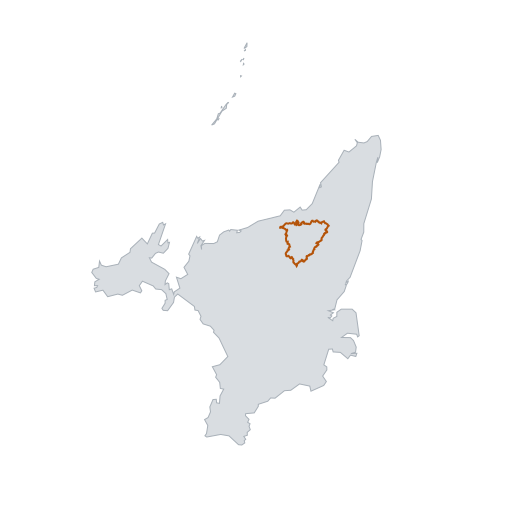 Telangana highlighted on a map of India, rotated 209°
{"feature_id": "IND-20011", "entity_name": "Telangana", "entity_type": "State", "adm_level": 1, "iso_a3": "IND", "parent_name": "India", "parent_adm1": "", "projection": "equal_earth", "projection_center": [78.948, 17.86], "detail": "fine", "context": "in_parent", "style": "outline", "palette": "amber", "viewbox_px": 512, "rotation_deg": 209, "n_neighbors": 0, "source": "natural_earth", "source_scale": "10m", "svg_char_len": 9114}
<svg xmlns="http://www.w3.org/2000/svg" viewBox="0 0 512 512"><g transform="rotate(209 256 256)"><path d="M120.0,216.5L125.3,215.1L125.9,210.7L135.5,212.6L142.0,209.5L144.1,211.7L147.2,209.7L143.9,193.7L140.3,193.3L138.8,190.7L139.5,183.3L133.6,180.3L134.0,175.6L142.4,164.4L145.9,168.3L155.9,165.2L160.5,155.4L165.8,152.0L170.4,140.9L174.4,138.9L175.3,134.7L182.1,127.4L181.1,125.6L181.5,117.9L188.6,113.1L187.8,111.2L182.9,109.7L182.7,106.5L179.9,106.4L179.5,103.7L176.8,101.3L178.2,97.5L176.7,95.0L179.2,92.3L176.1,90.7L176.8,88.8L175.2,87.1L176.8,83.8L179.8,82.5L192.4,85.6L200.4,82.8L211.3,73.8L213.5,74.0L213.2,76.7L216.0,84.4L221.7,88.0L219.6,91.5L220.2,97.6L223.2,101.6L224.0,109.6L221.3,111.4L219.3,108.5L216.5,109.4L219.6,116.2L219.7,123.9L223.0,122.9L226.5,127.9L232.5,130.4L232.9,133.1L240.5,138.0L234.9,143.4L231.9,154.4L248.5,166.3L256.2,168.7L256.7,170.7L261.9,172.5L269.3,171.0L274.2,173.4L274.9,176.6L280.2,180.2L283.2,179.1L285.4,182.0L306.0,184.8L307.4,180.5L305.6,175.4L306.8,165.3L310.8,163.5L312.9,164.6L312.6,170.6L314.0,173.2L312.6,174.9L316.6,179.4L322.3,180.8L327.7,178.5L331.4,180.0L343.1,178.9L343.7,173.5L339.0,170.2L339.2,167.7L347.7,166.2L353.8,156.9L358.4,155.7L366.0,148.5L373.3,151.9L378.9,146.8L382.0,149.3L380.0,151.3L380.2,153.3L382.9,151.7L384.4,155.3L381.9,159.6L384.9,159.0L391.7,162.0L392.0,165.5L388.0,169.8L390.4,175.7L386.8,173.0L381.9,173.9L372.4,182.1L372.8,189.1L368.0,198.1L369.3,201.5L364.5,216.3L356.9,213.9L357.7,225.7L355.8,226.9L356.1,237.1L353.9,240.2L352.0,238.3L350.7,240.3L346.9,218.7L343.9,218.7L341.3,227.6L339.4,224.8L338.3,226.0L336.7,220.0L338.4,213.5L343.2,212.2L345.2,209.6L346.2,203.6L348.4,202.8L344.4,200.0L329.3,200.1L323.5,198.4L323.2,190.3L321.7,186.9L320.6,189.5L318.9,189.5L315.5,184.5L313.8,186.4L309.4,182.5L310.1,185.0L307.0,191.0L315.3,198.9L310.7,199.7L306.8,206.8L313.5,211.2L312.2,218.8L313.8,224.1L315.8,225.0L317.4,244.4L315.6,243.3L314.5,245.3L313.4,238.5L313.0,244.4L310.1,243.1L308.6,244.7L309.2,238.3L306.7,235.3L308.8,238.5L306.9,242.2L299.0,246.4L296.7,249.7L298.0,256.6L295.9,261.5L292.4,265.5L291.1,264.9L290.9,266.9L284.8,269.5L284.1,267.0L281.7,268.7L281.1,270.7L283.6,270.3L277.2,276.8L271.0,287.5L254.3,302.9L253.4,309.8L248.7,312.8L244.1,312.7L241.1,320.2L237.9,318.5L234.5,320.8L232.2,329.1L234.7,349.8L233.3,346.8L232.3,348.2L235.1,351.4L228.8,378.2L230.3,379.7L230.2,391.2L225.1,392.0L221.5,401.1L222.3,404.2L226.1,406.0L221.9,405.0L216.4,407.2L214.2,410.0L212.9,416.6L207.6,420.7L203.2,417.5L198.2,409.8L195.9,402.6L195.2,396.4L197.3,401.5L196.2,396.4L190.2,377.5L182.7,361.8L177.4,336.6L173.3,329.1L172.2,321.5L170.7,320.9L167.5,311.1L163.4,283.0L164.7,278.1L164.4,276.4L163.1,278.7L162.8,277.4L162.9,274.5L164.6,274.8L162.7,273.7L161.6,267.7L163.9,256.9L161.5,248.0L162.6,246.8L161.4,246.9L166.2,243.2L160.8,243.9L162.3,240.4L160.6,240.3L161.0,238.0L163.4,237.1L157.5,236.6L158.3,238.9L156.0,242.3L158.0,246.0L155.7,250.8L146.1,256.1L141.0,254.8L127.1,236.3L127.9,234.5L130.0,236.4L138.6,232.8L141.7,226.2L133.8,230.4L129.7,229.3L124.2,224.9L122.3,220.1L125.7,216.6L120.6,219.8L120.0,216.5ZM355.5,375.3L353.6,370.8L356.0,366.2L356.4,351.4L358.3,349.0L356.8,356.9L357.9,362.1L356.7,363.5L355.5,375.3ZM367.1,431.7L367.2,438.2L365.5,434.7L367.1,431.7ZM353.6,388.1L352.3,388.2L352.1,385.5L353.6,383.6L353.6,388.1ZM362.6,421.5L362.5,423.3L362.2,421.6L362.6,421.5ZM364.1,418.9L363.6,421.4L363.7,418.7L364.1,418.9ZM365.8,429.5L365.3,431.4L364.9,430.7L365.8,429.5ZM356.9,406.3L356.0,406.4L356.4,405.3L356.9,406.3ZM355.2,376.2L354.3,377.2L354.7,375.6L355.2,376.2ZM358.3,368.7L358.8,370.5L357.7,369.2L358.3,368.7ZM360.3,418.4L359.5,418.1L359.8,417.1L360.3,418.4ZM355.3,356.8L354.9,358.7L355.1,356.6L355.3,356.8Z" fill="#d9dde1" stroke="#a8b0b8" stroke-width="1"/><path d="M208.2,287.3L208.2,286.9L207.7,286.3L207.8,286.2L208.0,285.9L208.1,285.7L208.2,285.3L208.2,285.0L208.2,284.8L208.2,284.7L208.7,284.1L208.8,284.0L209.3,283.9L209.5,283.8L209.6,283.6L209.7,283.2L209.6,282.6L209.7,282.4L210.0,282.2L210.4,282.2L210.7,281.2L210.9,280.8L211.3,280.6L211.6,280.5L211.6,280.3L211.6,280.2L211.0,279.5L210.9,279.1L210.6,278.9L210.6,278.6L210.3,278.6L210.2,278.5L210.1,277.8L210.2,277.6L210.4,277.4L210.7,277.0L210.9,276.7L210.9,276.3L211.1,275.4L211.4,274.9L211.2,274.6L211.5,274.2L211.8,274.1L212.1,274.2L212.4,274.2L212.7,274.8L213.0,275.0L213.4,274.9L213.7,275.0L214.1,275.0L214.2,274.8L214.2,274.5L214.1,273.8L214.2,273.6L214.3,273.3L214.5,272.7L215.2,272.4L215.3,272.3L215.4,272.2L215.4,271.9L215.4,271.3L215.4,271.0L215.6,270.4L215.7,270.1L215.9,269.8L216.2,269.5L216.4,269.1L216.3,268.9L216.2,268.8L216.0,268.7L215.6,267.6L215.6,267.3L215.6,266.9L216.2,267.3L216.4,267.8L217.1,268.1L217.3,267.9L217.6,267.8L217.9,267.9L218.3,267.9L219.0,268.2L219.3,268.4L219.9,268.4L220.2,268.6L220.5,268.9L220.6,269.1L220.9,270.1L221.3,270.4L221.4,270.6L221.8,270.9L221.9,271.0L222.2,271.2L222.2,271.4L222.3,271.4L222.5,271.3L222.7,271.5L223.0,271.6L223.2,271.8L223.5,272.0L223.7,272.3L223.9,272.4L224.1,272.4L224.1,272.1L224.1,271.9L224.3,271.6L224.4,271.2L224.5,271.0L224.6,270.8L225.4,270.9L225.5,271.0L225.8,271.4L225.9,271.5L227.2,271.5L227.3,271.6L227.4,271.8L227.6,271.9L227.8,271.7L227.9,271.3L228.0,271.2L228.8,270.8L228.9,270.7L229.1,270.6L229.6,270.8L230.1,271.4L230.3,271.8L230.9,272.1L231.2,272.6L231.3,272.9L231.3,273.2L231.2,273.9L231.2,274.4L231.1,274.7L231.0,274.9L230.9,275.0L230.9,275.7L231.1,276.2L230.8,276.3L230.6,276.6L230.4,277.0L230.3,277.3L230.3,277.8L230.5,277.8L231.0,277.7L231.1,277.9L231.2,278.8L231.3,279.2L231.3,279.8L231.2,280.1L230.8,280.6L231.3,281.0L231.6,281.1L232.2,281.8L232.4,282.2L232.5,282.3L233.2,282.4L233.9,282.3L234.2,282.1L234.3,282.0L234.5,282.2L234.6,282.4L234.7,283.0L234.9,283.4L235.0,283.6L235.2,283.3L235.3,283.4L235.4,283.6L235.5,283.7L236.1,283.4L236.3,283.4L236.4,283.5L236.6,283.7L236.9,283.9L237.2,284.3L238.3,285.9L238.4,286.1L238.5,286.7L238.8,287.4L239.0,287.9L239.1,288.0L238.8,288.4L238.7,288.6L238.6,288.8L238.7,289.0L238.9,289.1L239.3,289.1L239.5,288.5L239.8,288.6L239.9,289.2L239.9,289.4L240.0,289.5L240.6,289.2L240.8,289.3L240.7,289.9L240.6,290.1L240.6,290.4L240.7,290.9L241.0,291.7L241.1,293.3L241.2,293.7L241.4,294.0L241.5,294.1L242.5,293.4L242.8,293.4L243.4,293.7L243.6,293.8L244.3,293.7L245.0,293.7L245.8,294.0L246.0,293.8L246.1,293.5L246.3,293.5L246.6,293.8L246.8,293.9L247.1,293.7L247.4,293.3L247.5,293.2L247.9,293.1L248.0,293.0L248.3,292.6L248.5,292.4L248.7,292.6L248.8,293.0L248.7,293.4L247.3,294.3L246.8,295.1L246.4,295.9L246.3,296.6L245.8,298.7L245.2,299.4L244.1,299.7L243.3,300.0L242.7,300.9L241.8,301.3L241.2,301.3L240.6,301.7L240.2,302.1L240.1,302.6L240.1,303.0L239.9,303.5L239.6,303.6L238.6,303.3L238.1,303.1L237.8,302.6L237.3,302.3L236.9,302.5L236.5,302.8L236.4,303.4L236.2,303.7L235.9,303.7L235.5,303.1L235.4,303.3L235.4,303.9L235.3,304.2L235.4,304.5L236.2,305.0L236.7,304.8L237.0,304.8L237.3,305.0L237.4,305.4L237.1,305.9L237.2,306.2L237.4,306.6L237.4,306.8L237.1,306.9L236.5,306.8L236.0,306.4L235.5,306.2L235.0,305.9L234.8,305.6L234.6,304.9L234.4,304.2L234.1,303.8L233.8,303.7L233.5,303.7L233.1,303.9L232.4,304.5L232.1,305.0L231.8,305.4L231.7,305.8L232.4,306.4L232.2,306.9L232.1,307.5L231.9,307.9L231.4,308.6L231.3,308.9L230.9,309.0L230.8,308.9L230.5,308.0L230.3,307.9L230.0,308.1L229.9,307.9L229.7,307.7L229.3,307.7L229.1,308.1L228.6,308.2L228.2,308.4L227.8,308.4L227.7,308.7L227.3,308.9L227.2,308.9L226.9,308.8L226.6,308.9L226.1,309.5L225.3,309.5L224.6,309.7L224.4,309.9L224.1,310.7L224.2,311.0L224.1,312.1L224.3,312.8L224.1,313.9L224.0,314.1L223.8,314.2L223.6,314.3L223.4,314.1L223.1,314.1L222.9,314.1L222.5,313.9L222.3,313.9L221.3,314.6L221.1,315.1L220.9,315.3L220.6,315.1L220.5,315.5L220.6,316.0L220.3,316.5L220.0,316.6L219.7,316.7L219.0,316.5L218.7,316.2L218.0,316.4L217.8,316.4L217.6,316.2L217.3,315.9L217.2,315.9L216.9,316.0L216.3,316.0L216.1,316.1L215.8,316.4L215.7,316.3L215.5,316.7L215.3,316.8L214.8,316.6L214.9,317.0L214.7,317.5L214.5,318.0L214.2,318.3L213.9,318.4L213.8,318.5L213.7,318.7L213.6,319.0L213.4,319.3L211.9,318.4L211.6,318.3L211.4,318.2L211.1,318.4L211.0,318.5L210.4,318.5L210.0,318.4L209.1,318.4L208.9,318.4L208.4,318.0L207.5,317.9L207.1,317.7L207.3,317.3L207.4,317.1L207.4,316.5L207.5,315.7L207.4,315.0L207.5,314.2L207.5,313.7L208.0,313.2L208.1,312.8L207.9,312.4L207.5,312.2L206.6,312.2L205.6,311.8L205.3,311.3L205.4,311.1L206.4,310.3L206.4,310.2L206.5,309.8L206.9,309.5L207.1,308.8L207.0,308.7L206.8,308.7L207.1,308.2L206.8,307.8L206.7,307.5L206.8,307.0L206.8,306.9L207.0,306.7L207.0,304.7L207.3,303.8L207.3,303.6L207.0,302.9L206.9,302.3L206.8,302.2L206.5,302.1L206.4,302.0L206.3,301.6L206.4,301.3L207.6,299.3L207.8,298.7L208.2,298.5L208.3,298.4L208.4,298.1L208.6,297.9L209.1,297.7L209.4,296.8L209.4,296.7L209.1,296.8L208.8,297.0L208.6,297.1L208.4,296.7L208.0,296.7L207.6,296.7L207.2,296.4L206.9,296.2L207.2,295.3L207.3,294.9L207.5,294.8L207.8,294.6L208.0,294.4L207.9,294.1L207.7,293.7L207.7,293.4L207.9,293.2L208.2,292.9L208.8,292.2L208.8,291.4L208.7,290.8L208.3,290.3L208.2,290.2L208.4,289.9L208.6,289.8L208.6,289.6L208.5,289.0L208.3,288.2L208.5,287.7L208.2,287.3Z" fill="none" stroke="#b45309" stroke-width="2"/></g></svg>